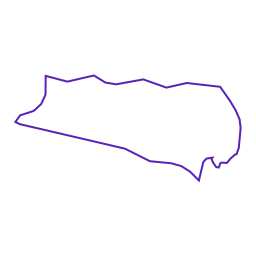 an SVG outline of Redcar and Cleveland, rotated 180°
{"feature_id": "GBR-2032", "entity_name": "Redcar and Cleveland", "entity_type": "Unitary Authority", "adm_level": 1, "iso_a3": "GBR", "parent_name": "United Kingdom", "parent_adm1": "", "projection": "natural_earth1", "projection_center": [-1.077, 54.567], "detail": "fine", "context": "isolated", "style": "outline", "palette": "violet", "viewbox_px": 256, "rotation_deg": 180, "n_neighbors": 0, "source": "natural_earth", "source_scale": "10m", "svg_char_len": 687}
<svg xmlns="http://www.w3.org/2000/svg" viewBox="0 0 256 256"><g transform="rotate(180 128 128)"><path d="M29.2,93.0L29.7,93.1L34.6,93.4L36.0,92.3L36.5,90.2L37.2,88.5L39.7,88.9L41.0,90.6L43.1,93.8L44.4,96.9L43.5,98.3L49.6,97.4L52.7,93.9L57.1,75.5L66.0,84.4L74.7,89.9L84.6,92.7L106.1,94.8L131.0,107.3L236.0,131.8L240.6,134.0L240.3,134.5L235.8,140.7L222.3,145.1L214.8,152.0L210.5,161.3L210.3,180.1L188.6,174.4L162.1,180.5L150.5,173.4L139.8,171.7L112.7,176.6L89.6,168.4L69.3,173.0L35.9,169.2L32.2,164.0L25.9,155.0L20.3,145.6L16.4,136.6L15.4,128.0L15.9,122.2L17.2,108.2L19.5,101.7L20.7,101.7L25.8,97.1L27.8,94.5L29.2,93.0L29.2,93.0Z" fill="none" stroke="#5b21b6" stroke-width="2"/></g></svg>